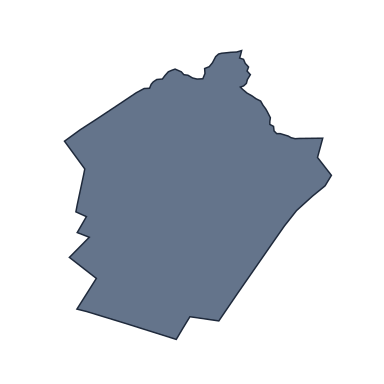 the district of Monsenhor Gil, Piauí, Brazil, rotated 280°
{"feature_id": "56859067B91123658252289", "entity_name": "Monsenhor Gil", "entity_type": "district", "adm_level": 2, "iso_a3": "BRA", "parent_name": "Brazil", "parent_adm1": "Piauí", "projection": "natural_earth1", "projection_center": [-42.544, -5.616], "detail": "fine", "context": "isolated", "style": "filled", "palette": "slate", "viewbox_px": 384, "rotation_deg": 280, "n_neighbors": 0, "source": "geoboundaries", "source_scale": "gbopen_adm2", "svg_char_len": 1275}
<svg xmlns="http://www.w3.org/2000/svg" viewBox="0 0 384 384"><g transform="rotate(280 192 192)"><path d="M267.7,311.4L263.3,288.0L262.4,284.3L262.7,280.1L263.8,277.1L264.8,268.8L264.2,265.3L266.4,262.2L270.8,260.9L272.1,256.9L275.0,256.4L278.7,256.3L284.4,252.0L286.8,250.0L289.7,246.9L293.5,243.8L295.0,238.7L297.0,234.6L299.0,228.9L301.9,224.0L303.7,221.4L305.4,224.4L308.4,226.7L312.3,227.0L315.1,228.1L317.7,229.1L320.7,225.2L324.9,226.0L327.9,222.1L331.6,219.7L332.2,215.6L335.3,216.0L339.9,216.3L337.6,211.7L336.3,205.9L335.0,201.4L333.8,197.1L332.5,194.2L329.4,191.8L322.8,189.7L318.4,187.2L315.8,183.0L311.0,184.2L305.4,183.0L304.1,177.4L304.4,172.7L306.3,167.7L306.1,163.6L308.5,160.6L310.1,154.0L308.5,151.2L306.3,147.8L301.9,145.1L298.1,143.2L296.7,137.8L293.7,134.7L291.0,133.1L286.8,132.2L285.6,126.9L280.2,120.0L266.5,105.7L247.3,85.5L234.0,71.2L219.9,57.6L196.1,82.4L190.5,82.3L159.3,81.2L152.3,81.1L150.8,86.8L149.4,92.3L132.1,86.0L129.6,98.7L106.3,82.6L90.3,112.8L84.2,110.3L75.4,106.7L56.7,99.0L56.0,108.9L51.2,148.0L44.1,202.1L55.8,206.5L68.8,211.6L69.7,240.8L98.8,253.9L111.0,259.5L157.6,281.0L174.6,288.9L191.9,298.2L208.8,311.3L221.2,322.0L232.6,326.4L247.8,309.6L258.8,310.6L267.7,311.4Z" fill="#64748b" stroke="#1e293b" stroke-width="1.5"/></g></svg>